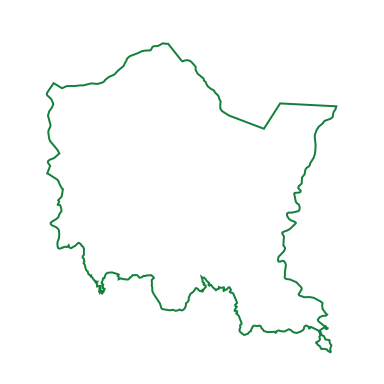 Lumiere, Dennery, Saint Lucia, rotated 96°
{"feature_id": "8701671B42420673442147", "entity_name": "Lumiere", "entity_type": "district", "adm_level": 2, "iso_a3": "LCA", "parent_name": "Saint Lucia", "parent_adm1": "Dennery", "projection": "natural_earth1", "projection_center": [-60.885, 13.94], "detail": "fine", "context": "isolated", "style": "outline", "palette": "green", "viewbox_px": 384, "rotation_deg": 96, "n_neighbors": 0, "source": "geoboundaries", "source_scale": "gbopen_adm2", "svg_char_len": 5947}
<svg xmlns="http://www.w3.org/2000/svg" viewBox="0 0 384 384"><g transform="rotate(96 192 192)"><path d="M47.1,231.2L47.3,233.7L47.2,236.5L50.4,241.3L51.0,245.0L51.6,246.3L55.4,248.0L56.4,254.0L57.4,256.9L59.6,260.4L63.4,268.0L66.1,270.5L68.6,271.1L70.8,272.2L73.7,273.1L79.3,278.5L83.2,281.4L86.4,286.8L89.5,290.0L91.1,290.8L92.6,292.7L94.4,297.2L94.5,303.4L97.4,311.5L97.6,314.1L98.9,319.9L99.8,327.8L102.4,332.1L98.2,341.0L107.5,346.0L109.7,346.7L110.9,346.2L114.2,341.8L118.1,339.5L119.2,339.1L122.5,340.1L126.9,342.5L131.1,343.2L140.2,339.7L142.0,339.8L145.9,341.2L148.1,341.1L153.9,339.6L156.1,338.5L164.0,330.4L167.5,327.9L172.7,332.7L174.8,336.9L176.4,338.4L177.4,338.4L178.4,338.0L180.8,335.8L188.7,337.9L189.1,336.6L193.7,327.4L195.5,325.6L196.2,325.6L201.9,322.0L202.6,320.7L209.0,321.0L210.3,321.3L214.2,324.2L215.4,323.1L218.5,324.2L218.9,323.8L218.6,322.5L219.1,321.6L223.0,320.0L225.0,319.9L227.7,321.5L231.0,322.3L232.8,323.8L236.3,328.4L237.4,329.3L238.5,329.2L239.8,327.7L241.1,323.7L242.5,321.5L243.9,320.4L247.6,319.6L251.8,319.5L255.7,320.5L258.3,320.4L261.2,319.6L262.0,318.8L262.2,317.8L261.7,316.3L261.1,315.8L260.9,314.6L260.2,314.1L259.7,312.2L259.9,311.2L259.6,310.3L257.9,309.1L259.7,308.4L260.5,306.8L260.5,306.3L258.8,304.2L257.9,302.7L254.6,299.8L254.4,299.2L255.6,296.9L256.9,296.3L257.7,294.8L259.7,293.5L266.0,293.0L267.3,294.0L268.2,294.0L268.9,293.8L269.5,292.6L271.8,292.2L272.3,291.7L273.6,292.4L274.3,292.3L275.2,291.2L279.7,289.6L281.3,288.5L281.7,287.5L284.0,286.7L285.5,284.9L285.4,283.6L286.8,283.6L287.3,282.3L289.6,280.6L290.5,278.8L291.3,279.0L291.7,278.7L291.2,276.8L292.7,277.5L293.4,276.7L293.9,276.9L295.9,276.5L295.1,274.5L295.1,273.9L296.7,273.9L295.7,273.0L297.9,272.8L298.2,273.2L300.5,274.1L300.8,273.9L300.9,273.3L301.4,273.2L299.9,272.3L299.8,270.9L301.7,271.8L301.7,271.3L302.3,270.8L300.5,269.6L297.6,268.8L297.4,269.6L296.6,270.1L296.8,270.5L294.3,271.0L293.5,270.6L292.4,271.7L292.3,272.2L291.5,272.5L290.9,272.0L287.0,271.3L286.9,270.2L283.7,269.5L282.4,268.9L281.2,267.6L280.3,263.2L281.5,256.9L281.8,256.3L283.2,257.1L283.6,256.2L286.5,255.8L285.3,254.0L285.8,251.7L285.8,246.6L285.0,245.6L283.3,244.5L282.5,243.3L280.9,242.4L280.8,240.3L280.3,239.4L280.7,237.3L282.6,235.5L282.7,235.0L282.2,233.4L280.5,231.3L280.5,230.0L279.7,228.3L279.0,223.7L280.6,221.6L281.5,220.9L283.5,222.7L284.2,222.8L287.8,222.2L289.1,222.3L290.8,221.6L294.6,221.1L297.5,219.4L306.1,212.3L311.1,210.1L311.6,208.7L312.0,201.5L311.1,198.5L311.9,196.0L311.1,193.4L310.2,191.9L310.9,190.1L310.3,188.6L308.5,187.1L305.8,186.2L303.3,186.4L301.9,184.9L299.9,183.9L297.4,184.2L293.3,182.8L291.7,180.8L289.7,179.4L287.4,178.3L287.2,178.0L287.4,176.8L287.9,175.9L288.9,175.2L289.8,173.4L289.4,172.3L289.9,171.6L289.5,170.8L289.3,170.7L288.7,171.7L288.4,171.6L287.6,170.2L284.9,168.3L283.5,168.8L283.5,170.0L282.7,170.8L281.8,170.3L281.0,170.7L280.7,171.8L280.2,172.2L279.0,172.1L275.6,173.5L276.2,172.6L275.9,171.0L277.6,169.0L278.7,168.3L280.6,165.5L282.2,166.0L282.7,165.8L283.3,164.8L282.2,164.2L282.4,163.4L285.5,160.3L285.8,159.3L287.2,157.9L285.6,156.4L285.7,155.7L285.2,155.1L283.8,155.2L284.3,153.0L283.5,150.4L284.3,149.9L286.4,150.5L287.0,150.2L285.3,147.4L283.4,145.9L282.8,145.0L283.1,144.6L285.1,143.1L286.2,143.3L287.0,144.0L287.6,143.9L288.1,142.8L288.0,141.8L288.2,141.1L288.8,140.3L296.8,135.9L297.6,135.6L299.7,137.3L300.2,136.8L300.9,136.9L301.5,135.5L304.8,137.2L305.7,137.1L305.6,136.0L306.0,134.7L307.6,135.1L307.3,134.5L309.0,134.2L310.3,132.5L316.8,129.2L318.0,128.9L319.5,130.3L321.4,129.7L323.3,130.3L324.9,130.3L326.3,129.3L328.6,125.6L328.6,124.6L327.0,121.5L325.1,120.2L323.9,118.7L323.0,118.8L319.4,117.5L318.6,116.8L318.4,116.1L318.5,113.4L317.8,110.6L318.7,109.3L320.4,108.5L321.6,106.8L322.7,106.0L323.5,102.3L322.4,95.2L323.3,94.1L322.5,93.4L321.6,93.3L320.9,92.2L320.7,90.8L321.1,89.1L321.1,85.5L318.4,81.3L318.9,79.5L320.8,76.8L321.3,73.3L319.6,69.6L318.0,67.4L316.7,66.5L314.5,66.3L313.8,65.8L313.0,65.0L313.0,63.9L313.7,62.1L315.4,61.2L315.1,60.5L314.0,60.2L313.7,59.7L316.6,51.9L318.6,50.3L320.1,49.7L321.3,49.5L322.8,50.2L325.2,49.3L326.5,49.9L328.7,52.9L329.1,52.7L329.9,51.5L330.8,51.1L331.8,48.9L334.5,47.1L334.6,46.6L334.2,45.1L334.4,41.5L335.6,40.6L336.9,37.7L336.5,37.3L334.0,38.2L330.1,37.4L329.5,37.6L328.4,38.8L326.0,39.7L325.4,39.6L324.9,40.1L324.7,43.9L321.7,45.6L320.7,48.0L317.4,49.7L316.7,50.7L316.1,50.3L312.8,46.2L313.4,45.0L313.9,44.9L314.2,44.2L314.2,43.6L313.6,42.8L313.2,42.8L312.9,43.5L312.8,44.5L311.5,45.0L311.0,47.2L307.5,52.6L306.6,53.3L305.8,53.5L305.2,53.2L303.0,51.7L301.7,49.3L300.9,45.8L299.8,44.8L298.9,46.1L294.7,49.9L291.4,50.7L288.8,50.6L287.5,52.5L284.5,59.8L284.2,63.6L284.9,69.5L283.6,74.6L282.7,75.3L277.4,72.8L276.3,72.9L275.3,73.4L270.8,78.8L268.7,85.6L268.7,89.1L268.0,90.5L266.8,91.0L264.9,90.8L262.1,91.3L255.0,90.9L253.1,91.7L251.3,93.0L250.9,94.8L252.0,96.9L252.2,98.4L252.0,98.8L250.6,99.4L247.5,99.2L241.5,94.5L238.7,93.5L237.5,93.8L235.5,95.6L226.6,95.9L224.0,97.9L223.0,97.9L222.1,97.0L220.3,93.3L218.4,90.6L212.4,85.6L211.6,85.6L211.2,86.0L209.7,91.0L208.7,92.6L206.5,94.5L204.7,95.2L203.5,95.2L202.4,93.8L202.0,90.2L200.0,84.5L199.4,83.7L198.1,83.2L196.1,83.3L193.4,84.3L192.0,86.8L190.4,87.9L182.9,90.2L182.1,89.6L181.4,85.5L180.6,84.2L179.2,84.1L177.3,86.6L176.7,86.8L175.0,86.4L172.9,84.4L171.8,83.8L166.0,84.1L162.7,81.9L157.6,81.5L155.7,80.3L154.4,78.4L152.9,77.6L151.0,77.4L145.3,74.6L140.9,73.7L136.6,73.7L132.1,74.0L125.4,75.5L122.4,75.8L117.4,74.6L113.7,72.7L110.5,69.5L107.4,67.6L104.7,61.9L102.7,59.9L98.0,59.7L94.9,58.0L91.7,57.4L94.7,113.6L121.6,127.1L112.1,163.2L108.4,170.6L106.2,172.5L102.5,173.0L98.8,173.0L97.4,174.1L93.4,176.0L90.7,179.4L88.6,181.0L87.4,184.1L85.4,187.2L83.4,188.8L81.2,189.8L79.9,191.8L78.3,192.1L77.8,192.6L73.8,198.7L70.3,201.1L67.1,201.5L66.3,202.2L62.7,206.2L61.7,208.0L61.4,210.2L61.8,212.4L63.0,215.2L62.6,216.0L47.1,231.2Z" fill="none" stroke="#15803d" stroke-width="2"/></g></svg>